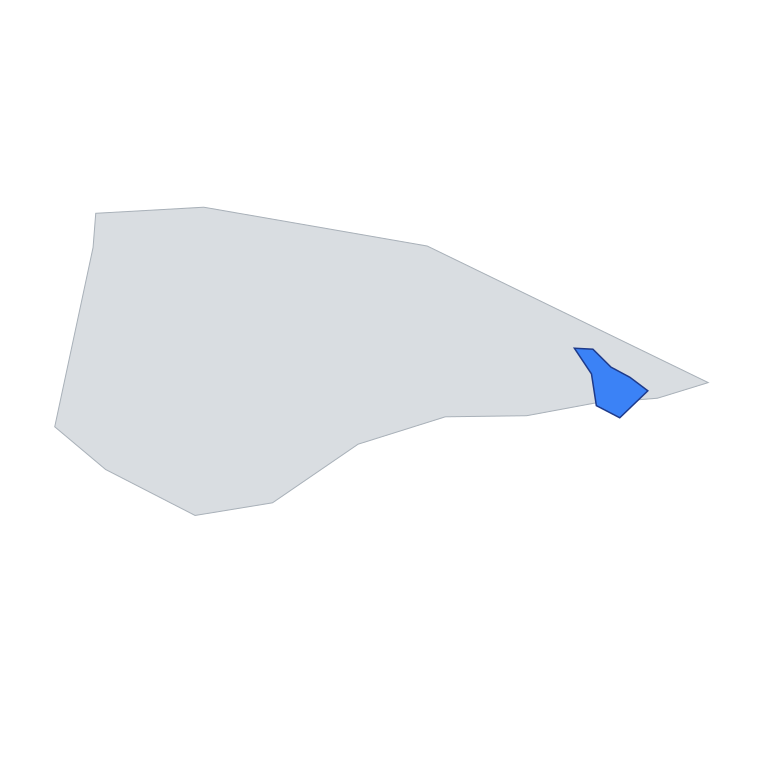 Schellenberg highlighted on a map of Liechtenstein, rotated 97°
{"feature_id": "LIE-4899", "entity_name": "Schellenberg", "entity_type": "state/province", "adm_level": 1, "iso_a3": "LIE", "parent_name": "Liechtenstein", "parent_adm1": "", "projection": "equal_earth", "projection_center": [9.531, 47.238], "detail": "fine", "context": "in_parent", "style": "filled", "palette": "blue", "viewbox_px": 768, "rotation_deg": 97, "n_neighbors": 0, "source": "natural_earth", "source_scale": "10m", "svg_char_len": 519}
<svg xmlns="http://www.w3.org/2000/svg" viewBox="0 0 768 768"><g transform="rotate(97 384 384)"><path d="M466.6,705.6L284.0,689.4L249.7,690.9L230.5,584.5L241.8,357.9L343.1,62.4L364.8,110.9L377.3,172.7L398.1,238.6L409.1,319.2L446.9,402.4L515.5,480.2L537.5,555.5L502.8,649.9L466.6,705.6Z" fill="#d9dde1" stroke="#a8b0b8" stroke-width="1"/><path d="M358.6,121.3L388.8,145.9L379.6,170.6L348.7,179.3L325.3,199.4L324.0,180.9L339.6,160.8L347.4,140.7L358.6,121.3Z" fill="#3b82f6" stroke="#1e3a8a" stroke-width="1.5"/></g></svg>